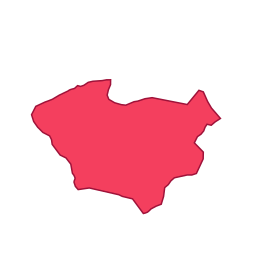 an SVG outline of Kayseri, rotated 225°
{"feature_id": "TUR-2287", "entity_name": "Kayseri", "entity_type": "Province", "adm_level": 1, "iso_a3": "TUR", "parent_name": "Turkey", "parent_adm1": "", "projection": "natural_earth1", "projection_center": [35.883, 38.542], "detail": "fine", "context": "isolated", "style": "filled", "palette": "rose", "viewbox_px": 256, "rotation_deg": 225, "n_neighbors": 0, "source": "natural_earth", "source_scale": "10m", "svg_char_len": 1090}
<svg xmlns="http://www.w3.org/2000/svg" viewBox="0 0 256 256"><g transform="rotate(225 128 128)"><path d="M69.4,200.1L70.7,194.0L71.1,188.8L74.8,186.5L74.0,182.9L72.4,179.5L72.0,175.2L72.8,171.0L70.6,164.4L57.7,164.2L53.0,159.3L47.5,144.2L49.6,140.0L52.9,136.7L60.0,125.6L60.3,121.0L59.5,116.4L59.9,111.8L54.4,104.7L50.6,97.6L52.9,92.5L54.5,87.1L54.5,84.7L54.7,82.3L55.6,80.2L56.7,78.4L74.7,81.1L83.7,75.6L87.2,74.4L113.0,58.2L119.7,49.2L123.9,49.5L127.7,51.4L128.5,52.3L129.5,54.5L130.2,55.3L132.7,56.3L135.3,56.7L142.9,62.0L150.7,63.0L156.8,60.9L170.0,62.8L173.9,65.7L177.9,67.0L185.0,64.7L192.4,64.7L199.3,65.9L205.6,69.2L208.5,78.1L205.1,87.5L203.4,91.1L201.8,94.8L199.8,102.7L196.6,111.7L196.3,113.4L195.7,114.8L193.8,118.2L193.6,122.3L190.9,123.9L189.4,127.0L188.4,132.2L185.9,136.2L179.8,143.2L177.3,146.8L174.4,149.8L171.0,146.3L168.9,141.2L166.0,136.5L161.8,134.7L155.3,136.4L149.2,139.8L145.7,142.6L142.3,150.9L140.1,153.9L136.7,160.7L132.4,166.5L102.7,186.5L104.5,204.8L100.3,206.8L90.4,203.0L83.1,201.1L69.4,200.1Z" fill="#f43f5e" stroke="#9f1239" stroke-width="1.5"/></g></svg>